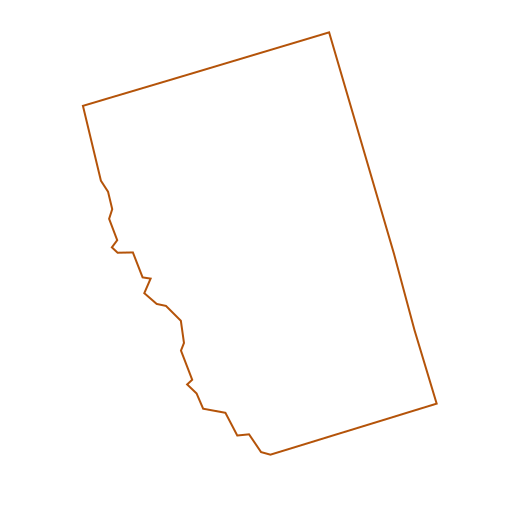 outline of Washington, Illinois, United States of America, rotated 253°
{"feature_id": "52423323B5171032180406", "entity_name": "Washington", "entity_type": "district", "adm_level": 2, "iso_a3": "USA", "parent_name": "United States of America", "parent_adm1": "Illinois", "projection": "orthographic", "projection_center": [-89.437, 38.366], "detail": "fine", "context": "isolated", "style": "outline", "palette": "amber", "viewbox_px": 512, "rotation_deg": 253, "n_neighbors": 0, "source": "geoboundaries", "source_scale": "gbopen_adm2", "svg_char_len": 557}
<svg xmlns="http://www.w3.org/2000/svg" viewBox="0 0 512 512"><g transform="rotate(253 256 256)"><path d="M450.0,160.2L450.2,134.4L373.3,129.7L360.7,133.3L342.8,132.2L334.5,126.4L311.7,127.9L306.4,120.7L299.6,124.6L295.4,139.3L268.7,141.3L265.2,148.6L253.1,138.3L239.2,147.0L234.6,155.3L216.0,165.2L193.9,161.7L187.5,156.6L156.3,158.8L153.3,152.6L141.9,159.0L125.4,160.8L115.0,180.9L89.8,185.6L87.5,197.2L67.0,203.5L61.8,211.7L62.0,385.6L138.8,385.9L217.6,388.6L448.5,391.3L449.4,236.8L450.0,160.2Z" fill="none" stroke="#b45309" stroke-width="2"/></g></svg>